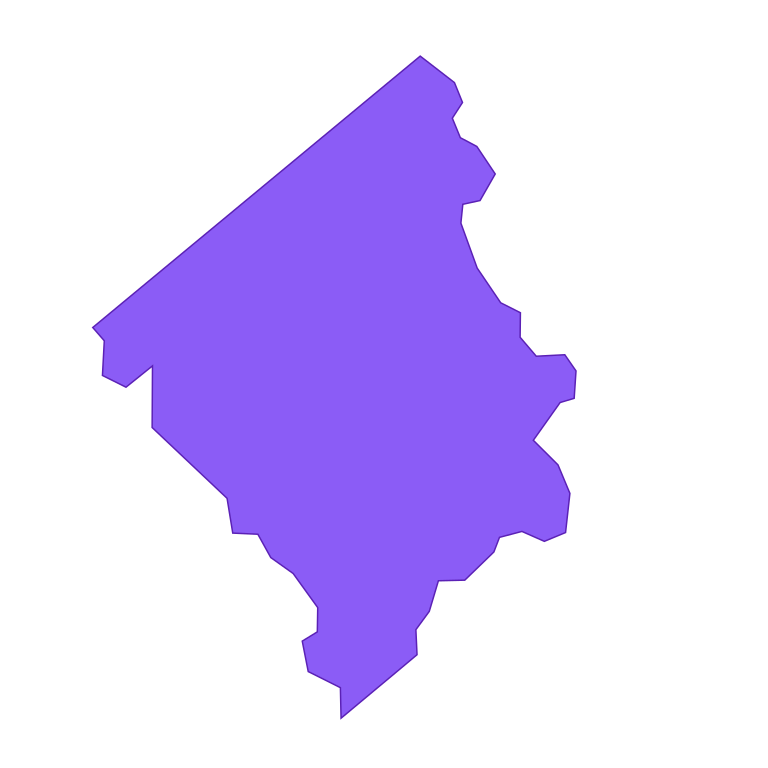 outline of Lake, Colorado, United States of America, rotated 140°
{"feature_id": "52423323B1208746636879", "entity_name": "Lake", "entity_type": "district", "adm_level": 2, "iso_a3": "USA", "parent_name": "United States of America", "parent_adm1": "Colorado", "projection": "mercator", "projection_center": [-106.349, 39.219], "detail": "fine", "context": "isolated", "style": "filled", "palette": "violet", "viewbox_px": 768, "rotation_deg": 140, "n_neighbors": 0, "source": "geoboundaries", "source_scale": "gbopen_adm2", "svg_char_len": 783}
<svg xmlns="http://www.w3.org/2000/svg" viewBox="0 0 768 768"><g transform="rotate(140 384 384)"><path d="M553.5,155.4L532.7,155.4L517.5,175.3L495.5,180.7L468.8,198.3L448.2,181.8L407.8,184.7L394.1,192.3L373.1,182.4L362.3,160.4L340.4,153.5L311.9,180.7L302.7,210.2L305.8,244.9L261.0,256.6L247.5,250.8L228.5,270.6L226.7,290.2L249.5,307.4L249.7,332.3L233.7,350.9L242.4,371.2L238.1,412.9L221.7,457.8L208.1,471.0L192.5,462.8L163.8,473.4L160.2,506.3L167.2,523.6L160.8,543.7L142.9,549.2L136.3,569.6L145.5,611.9L570.8,614.5L570.5,596.9L594.2,571.5L583.7,547.4L549.7,546.7L589.6,499.7L577.7,397.3L595.7,367.0L577.2,350.0L582.3,323.8L575.4,297.2L578.5,255.3L594.4,237.0L611.9,239.6L626.9,212.4L612.6,179.4L631.7,155.6L553.5,155.4Z" fill="#8b5cf6" stroke="#5b21b6" stroke-width="1.5"/></g></svg>